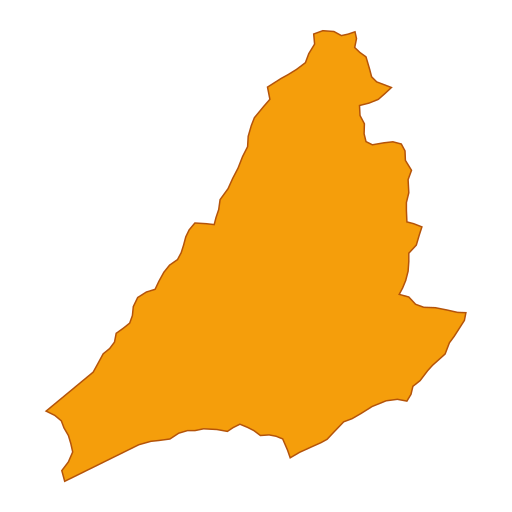 outline of São José de Caiana, Paraíba, Brazil
{"feature_id": "56859067B86107293637085", "entity_name": "São José de Caiana", "entity_type": "district", "adm_level": 2, "iso_a3": "BRA", "parent_name": "Brazil", "parent_adm1": "Paraíba", "projection": "orthographic", "projection_center": [-38.322, -7.247], "detail": "fine", "context": "isolated", "style": "filled", "palette": "amber", "viewbox_px": 512, "rotation_deg": 0, "n_neighbors": 0, "source": "geoboundaries", "source_scale": "gbopen_adm2", "svg_char_len": 1859}
<svg xmlns="http://www.w3.org/2000/svg" viewBox="0 0 512 512"><path d="M355.0,31.8L348.2,34.1L341.4,35.6L333.9,31.5L322.8,30.7L313.7,34.0L314.6,44.1L308.8,53.6L305.4,62.7L296.4,69.5L287.6,74.9L281.2,78.4L267.5,87.1L269.9,99.3L263.8,106.3L254.4,117.7L251.3,125.6L248.2,136.3L247.6,146.7L242.6,156.5L238.1,168.0L232.7,178.4L228.1,188.6L220.1,199.6L218.7,209.6L216.0,217.6L214.2,224.6L206.3,223.7L194.9,223.0L189.2,229.8L185.8,236.8L183.6,245.1L181.2,252.7L177.5,259.6L169.6,265.1L163.9,272.2L158.9,281.3L155.1,289.3L146.4,292.0L137.7,297.5L133.3,306.6L132.4,315.6L129.7,323.1L123.2,328.3L116.2,333.3L114.5,342.1L109.7,348.5L103.2,353.8L98.0,363.4L93.2,372.1L46.1,411.1L54.8,415.4L61.3,420.8L64.0,427.9L68.4,435.5L70.8,443.5L72.7,452.0L68.4,461.9L61.8,470.6L64.7,481.3L138.9,444.7L151.0,441.3L158.7,440.5L169.9,439.0L178.7,433.2L187.4,430.6L194.9,430.6L203.6,428.8L216.9,429.5L227.4,431.4L233.1,427.6L239.9,424.2L247.6,427.4L253.9,430.6L260.4,435.5L269.1,434.9L275.9,436.2L282.7,438.9L287.6,450.3L290.2,457.8L299.6,452.3L311.0,447.1L320.9,442.7L327.1,439.3L334.6,431.3L343.7,421.8L352.0,418.7L361.0,413.5L372.1,406.5L386.1,400.8L397.4,399.3L406.9,401.1L411.0,394.3L412.9,386.3L420.1,380.6L427.7,370.6L432.5,365.3L445.1,354.0L449.4,342.8L454.2,336.3L464.4,320.4L465.9,312.7L457.6,312.4L447.0,310.0L435.3,307.7L423.8,307.3L415.6,304.3L408.8,297.0L399.2,294.4L402.6,288.0L405.7,280.5L408.1,271.2L408.8,261.5L408.8,253.2L416.3,245.1L419.3,234.9L421.9,226.9L413.7,223.7L406.9,221.9L406.4,210.3L406.4,202.5L408.8,192.8L408.1,179.6L411.5,170.3L405.4,160.4L405.0,150.9L401.3,144.0L392.9,141.8L383.9,142.8L372.4,144.8L366.0,141.6L364.1,133.8L364.4,123.8L360.0,115.5L359.5,105.5L369.0,103.1L378.4,99.3L385.2,93.3L391.4,87.5L376.7,81.9L371.6,76.8L369.7,69.5L366.0,56.9L359.8,52.4L354.7,47.5L356.5,38.6L355.0,31.8Z" fill="#f59e0b" stroke="#b45309" stroke-width="1.5"/></svg>